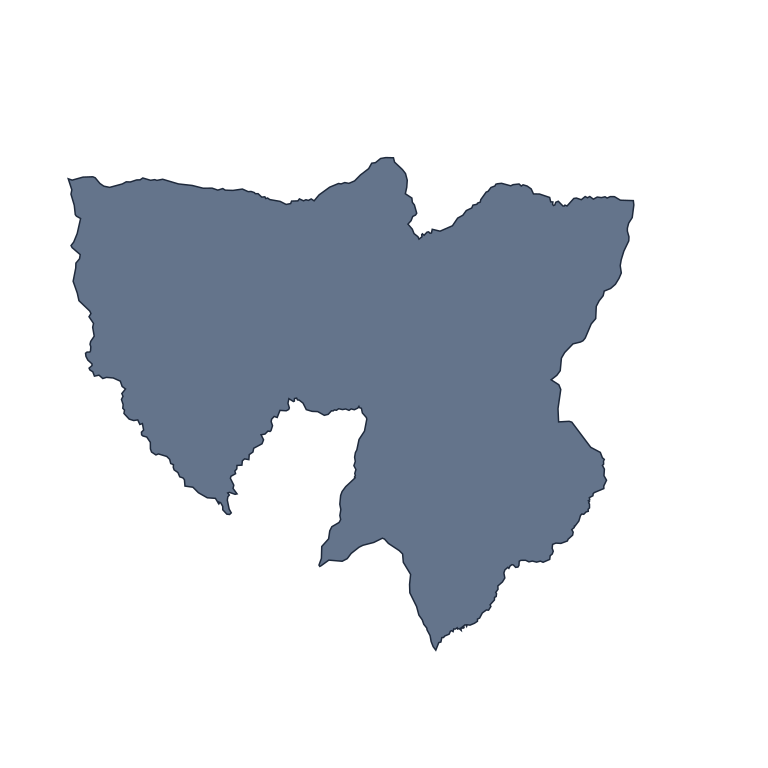 Versalles, Valle del Cauca, Colombia (Albers equal-area conic projection), rotated 347°
{"feature_id": "7082276B43348198009946", "entity_name": "Versalles", "entity_type": "district", "adm_level": 2, "iso_a3": "COL", "parent_name": "Colombia", "parent_adm1": "Valle del Cauca", "projection": "albers", "projection_center": [-76.216, 4.612], "detail": "fine", "context": "isolated", "style": "filled", "palette": "slate", "viewbox_px": 768, "rotation_deg": 347, "n_neighbors": 0, "source": "geoboundaries", "source_scale": "gbopen_adm2", "svg_char_len": 6170}
<svg xmlns="http://www.w3.org/2000/svg" viewBox="0 0 768 768"><g transform="rotate(347 384 384)"><path d="M444.1,165.7L436.7,163.8L431.4,163.5L425.5,166.4L421.7,166.1L417.5,170.7L408.1,175.0L401.0,179.5L394.9,180.6L391.1,178.9L387.2,179.4L384.8,178.4L375.3,180.0L363.3,185.1L357.1,189.8L354.7,187.3L351.6,188.1L349.4,186.9L346.8,187.4L343.2,184.6L341.3,186.2L335.1,185.0L333.6,187.2L329.0,187.0L323.9,182.7L314.2,178.6L312.4,176.6L310.5,176.7L310.0,174.8L306.9,174.4L304.1,170.2L301.4,169.6L300.7,168.3L297.8,166.5L294.9,166.0L289.9,162.2L280.4,161.4L272.9,159.4L270.9,157.3L265.7,157.7L260.6,154.5L251.9,152.6L241.8,147.4L228.7,142.8L214.4,134.7L208.5,134.5L206.6,133.3L202.4,133.0L195.3,129.0L192.3,130.2L188.8,129.5L182.3,130.1L178.3,129.0L174.1,130.2L160.9,130.7L155.5,128.2L152.3,124.7L149.0,118.1L146.9,116.6L137.2,114.7L126.0,115.2L122.5,113.0L123.5,124.6L121.7,128.6L122.4,140.2L121.3,149.5L122.1,151.3L125.6,154.5L118.9,168.4L113.6,175.9L110.2,178.7L110.8,181.0L117.1,189.6L115.5,193.5L111.0,196.9L109.7,201.7L104.2,214.0L105.6,226.5L105.5,234.2L113.7,246.7L114.3,249.4L111.7,252.1L114.6,259.7L112.9,263.1L112.4,272.2L107.8,276.5L106.5,279.1L106.7,281.8L105.5,285.7L104.5,286.7L101.8,286.1L100.1,286.9L99.8,290.1L100.8,294.1L104.0,298.7L103.6,300.4L100.2,302.2L100.6,304.2L103.0,306.6L103.6,311.2L108.3,311.3L111.2,315.4L115.0,315.1L121.5,317.2L127.7,321.9L128.3,327.5L131.0,330.7L126.4,334.3L126.9,337.3L124.7,340.0L125.2,345.4L124.0,348.9L125.3,351.0L124.0,354.2L127.8,360.9L131.9,363.3L136.0,363.6L137.0,368.5L139.7,368.2L139.4,374.8L136.8,376.4L136.4,379.0L137.4,380.4L140.9,382.3L143.2,388.3L141.8,394.7L142.2,398.0L145.8,401.8L148.5,401.4L156.0,405.7L158.2,409.2L158.3,413.5L160.7,415.2L159.9,417.9L160.2,420.5L163.3,423.9L164.1,428.5L166.9,430.2L168.0,432.3L167.1,438.7L174.6,441.6L178.7,448.2L186.2,455.1L194.0,457.5L196.1,463.7L197.2,462.6L195.7,462.3L196.0,461.5L198.2,463.1L199.3,467.0L198.6,470.3L201.6,475.5L204.2,476.4L206.2,475.2L205.0,471.1L205.2,461.9L206.5,458.7L208.3,457.4L207.2,455.0L209.0,454.8L214.1,458.0L216.1,458.0L213.4,451.8L214.9,448.8L213.1,441.4L214.1,439.5L219.2,438.0L219.1,435.3L221.5,433.6L222.4,430.3L227.3,431.1L228.7,427.0L231.3,425.6L235.3,427.3L236.8,422.5L241.0,420.8L242.6,417.3L251.7,414.8L254.1,411.3L252.8,405.8L256.8,406.0L260.3,403.8L262.3,404.6L263.4,404.0L266.0,399.6L265.6,395.3L266.6,393.0L269.7,390.9L272.4,392.6L276.7,386.3L282.7,388.1L285.4,387.4L286.4,386.0L286.1,381.2L288.0,376.9L291.8,380.7L292.8,380.5L293.5,378.0L295.7,378.1L296.1,380.0L297.8,380.7L300.8,384.4L302.5,391.5L307.8,394.5L313.2,396.0L318.8,401.1L322.8,401.0L326.8,398.3L328.3,398.8L329.8,398.1L331.8,398.9L334.3,397.9L337.8,399.6L341.0,399.7L344.0,401.8L346.4,400.9L349.3,402.4L353.0,401.6L354.5,400.2L354.7,401.5L356.5,402.6L356.4,407.3L359.3,412.8L359.3,414.4L354.4,425.5L347.2,432.4L342.7,442.1L340.7,444.4L338.9,448.7L338.6,453.0L336.3,456.8L337.4,461.0L335.4,464.6L335.5,466.8L334.3,468.0L334.8,468.9L323.6,475.4L319.0,479.3L316.7,482.8L313.9,491.2L313.7,496.6L311.4,502.2L311.3,506.3L309.1,508.8L301.1,511.3L298.1,514.9L295.2,522.4L286.8,528.3L283.8,539.8L279.9,545.8L280.4,547.3L281.9,546.9L290.6,543.2L303.4,547.3L308.9,545.9L313.9,541.7L323.0,537.4L327.2,536.4L338.4,536.1L347.7,533.9L349.6,535.2L352.4,540.3L361.4,549.8L363.9,553.8L362.7,562.1L367.1,575.5L363.8,585.1L362.2,593.3L365.7,608.2L366.0,617.0L368.2,622.4L368.7,627.1L370.8,631.5L370.6,633.2L372.3,639.5L372.0,645.5L372.8,650.9L374.6,655.0L379.2,648.3L381.4,648.2L383.3,644.1L385.0,644.4L386.6,643.2L391.2,642.4L393.1,639.8L394.4,639.6L395.6,640.8L396.8,638.4L398.4,638.8L400.5,638.0L400.6,639.3L402.2,639.2L403.8,641.4L403.9,639.2L406.7,639.7L407.3,639.0L405.8,638.3L408.6,636.9L409.6,637.1L410.0,638.7L410.8,637.3L413.6,638.3L418.3,637.5L421.7,636.2L422.2,634.1L424.5,633.6L428.3,629.2L432.9,627.2L435.0,627.9L438.1,624.8L437.7,623.0L443.0,619.3L443.7,616.8L445.5,616.3L446.5,613.6L446.0,612.2L448.9,609.7L449.5,606.4L454.9,603.5L458.1,600.2L458.3,595.1L460.0,592.3L463.4,590.5L464.2,591.7L465.9,589.7L468.0,588.8L469.4,589.5L471.0,592.3L473.3,592.5L474.7,591.1L475.9,587.1L477.7,586.6L482.3,587.6L485.2,589.9L488.7,589.9L492.6,591.9L496.6,591.8L498.9,593.5L506.0,592.2L507.3,588.7L509.7,587.5L511.3,585.0L510.9,581.9L512.2,578.2L515.7,577.7L520.5,579.1L527.4,578.2L528.4,576.7L533.8,573.7L535.0,570.9L534.2,568.1L537.0,566.7L537.9,564.6L537.9,565.6L543.0,561.4L545.9,556.3L547.5,555.2L549.3,555.9L552.2,554.1L554.4,554.0L554.7,552.0L556.4,550.9L557.2,547.3L556.7,545.8L557.7,544.7L556.9,543.8L558.4,543.2L558.5,540.9L562.4,539.9L563.2,537.8L564.5,537.1L574.7,535.3L575.2,532.8L579.2,527.8L577.7,522.8L579.6,516.5L578.5,512.5L580.0,511.5L580.5,508.6L581.7,507.0L580.2,505.0L579.4,499.3L571.2,492.2L558.4,463.4L556.0,462.0L545.6,460.2L548.0,447.1L555.0,429.1L554.2,424.1L547.8,417.5L554.4,414.4L558.7,410.7L562.7,398.7L567.1,394.0L577.2,387.4L584.9,387.3L587.7,386.6L590.4,384.5L599.4,372.1L605.0,367.9L608.3,356.1L612.4,351.3L617.4,347.3L619.5,343.0L626.3,341.9L631.9,338.9L636.7,334.0L640.2,329.2L640.8,321.8L643.1,316.3L647.6,308.5L654.7,299.6L655.8,295.7L655.5,289.8L656.2,286.9L658.6,282.3L663.3,277.7L667.7,265.8L668.2,261.4L655.7,258.1L650.7,253.3L646.6,252.3L643.2,253.0L641.5,251.3L637.8,251.3L633.8,249.8L629.6,251.0L626.7,247.6L624.1,248.3L622.2,246.6L617.7,248.8L613.3,246.1L610.7,245.9L602.4,251.7L600.5,250.4L599.7,251.1L598.4,250.8L594.9,245.1L592.2,245.6L590.7,248.0L589.3,248.2L588.7,246.9L589.5,244.6L587.4,244.0L587.4,239.5L578.3,233.9L572.4,232.4L571.3,227.0L568.0,223.3L564.3,221.2L562.3,222.0L560.6,219.5L554.6,218.8L552.1,219.4L543.7,214.9L539.6,214.4L537.9,214.5L536.6,216.0L532.4,216.6L528.7,219.7L526.7,220.0L519.8,226.1L518.7,228.4L515.8,228.8L514.9,229.8L510.9,229.7L509.1,232.2L503.2,233.5L498.8,237.3L493.1,238.9L486.3,245.2L473.0,247.7L465.8,244.1L464.2,247.5L462.8,247.5L461.7,245.8L460.1,245.7L456.5,248.1L455.2,246.3L454.3,247.0L454.1,249.1L450.7,250.7L450.2,248.1L447.1,244.2L446.4,239.5L443.3,233.6L447.1,231.0L449.7,227.2L452.7,226.5L454.3,225.0L453.9,216.4L452.5,213.3L453.0,209.1L447.6,203.4L450.4,197.5L452.5,190.7L452.3,183.8L450.2,179.2L444.2,170.2L444.1,165.7Z" fill="#64748b" stroke="#1e293b" stroke-width="1.5"/></g></svg>